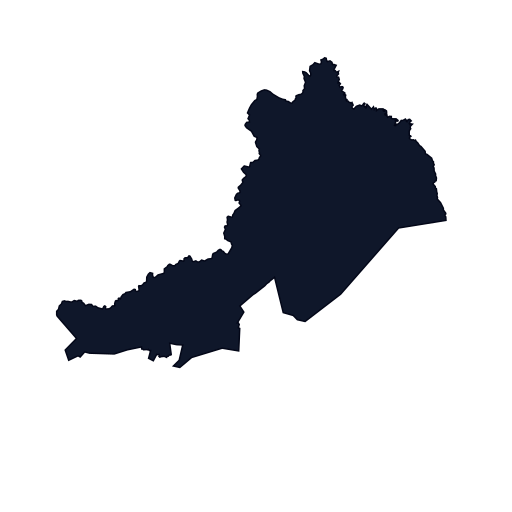 outline of Masinga, Eastern, Kenya, rotated 314°
{"feature_id": "3690345B51887825082332", "entity_name": "Masinga", "entity_type": "district", "adm_level": 2, "iso_a3": "KEN", "parent_name": "Kenya", "parent_adm1": "Eastern", "projection": "albers", "projection_center": [37.619, -0.95], "detail": "fine", "context": "isolated", "style": "filled", "palette": "ink", "viewbox_px": 512, "rotation_deg": 314, "n_neighbors": 0, "source": "geoboundaries", "source_scale": "gbopen_adm2", "svg_char_len": 6147}
<svg xmlns="http://www.w3.org/2000/svg" viewBox="0 0 512 512"><g transform="rotate(314 256 256)"><path d="M77.8,151.0L75.2,153.5L74.6,154.8L72.0,184.2L55.8,184.1L50.9,193.7L60.6,197.3L61.2,199.7L68.0,199.4L70.5,203.8L87.1,222.1L99.1,228.6L111.1,236.8L109.7,238.4L110.4,239.2L110.4,240.2L112.6,242.2L113.3,243.3L114.1,243.4L113.9,244.9L114.8,245.9L107.8,249.8L109.3,254.9L116.3,252.9L116.8,254.0L117.9,254.6L117.0,255.9L116.4,255.9L116.4,257.1L117.6,257.6L120.1,259.7L121.0,262.1L121.9,261.6L122.9,262.5L124.5,262.4L125.6,263.5L126.2,263.5L133.3,254.5L137.0,260.4L141.1,265.1L127.6,273.2L119.5,273.0L122.9,278.6L138.3,280.2L166.2,295.7L175.7,309.5L192.6,294.6L192.1,293.1L195.1,291.5L195.7,289.3L195.2,289.0L207.2,286.2L208.8,279.1L226.1,280.7L228.9,281.4L240.7,283.0L243.5,282.9L246.5,283.5L247.0,283.3L253.6,284.1L234.2,314.9L239.1,324.1L238.9,330.0L243.0,336.8L287.3,343.4L375.2,339.1L413.6,367.9L416.0,365.3L416.3,363.9L416.9,363.2L418.1,363.3L418.6,362.7L419.3,358.8L420.5,357.6L422.6,351.6L422.9,346.8L424.2,345.9L425.2,344.1L426.8,343.0L427.7,341.4L429.7,339.0L429.5,337.7L430.5,336.7L430.8,333.3L431.9,332.8L433.5,333.2L434.1,332.8L435.3,333.3L437.5,331.6L438.9,328.7L439.7,328.4L440.9,325.1L443.0,322.9L443.4,321.3L445.4,320.8L446.1,319.0L447.0,318.3L447.1,316.7L448.4,314.4L447.9,308.5L447.2,306.8L448.8,304.9L449.4,298.6L449.0,297.0L449.8,293.4L449.6,291.9L450.2,290.2L449.0,289.5L448.9,288.4L447.6,287.5L447.1,284.9L447.5,284.3L448.2,284.1L449.7,284.3L449.8,283.7L449.2,282.7L449.5,282.2L452.1,279.6L452.9,279.4L453.2,279.0L455.0,278.9L455.4,277.8L456.7,276.9L459.5,276.9L458.5,275.4L457.4,275.3L457.6,274.3L459.6,273.6L461.0,273.8L461.1,271.6L459.8,270.7L457.5,271.4L457.3,270.7L458.1,269.7L458.3,268.3L455.5,267.5L454.4,266.3L451.4,266.7L448.6,266.2L448.4,265.5L447.0,265.9L446.4,265.6L446.1,264.9L450.0,263.1L450.0,262.3L450.4,262.0L451.1,263.9L451.6,264.3L452.2,264.0L452.0,261.5L449.6,259.0L449.0,257.8L450.4,256.4L449.2,255.0L447.2,254.4L447.6,253.1L448.5,252.2L448.5,251.7L447.1,251.2L447.2,250.4L447.7,249.9L449.5,250.8L451.0,249.1L450.7,247.1L450.2,246.7L449.2,247.7L448.8,247.3L448.9,246.5L450.2,245.8L450.1,245.2L447.2,242.2L444.3,241.7L445.7,240.3L445.9,239.6L445.5,239.2L443.5,239.3L444.9,236.9L441.8,237.1L442.2,230.5L440.7,230.9L439.5,232.3L438.9,232.2L439.2,231.6L439.2,230.8L438.6,230.5L438.9,229.2L441.2,228.7L441.2,227.7L440.6,227.5L438.7,227.9L437.2,227.5L436.7,225.8L433.4,224.2L429.6,224.3L429.3,222.3L430.1,221.2L432.0,221.1L433.1,218.4L431.9,218.4L432.0,217.5L431.1,215.8L431.4,214.7L430.4,213.5L430.6,213.0L431.3,213.2L431.7,212.8L431.3,212.2L431.5,211.3L432.7,209.5L433.7,209.1L434.1,208.5L432.8,207.4L433.1,206.7L434.6,207.0L435.0,206.6L434.3,203.0L435.2,202.3L436.5,202.3L437.8,201.5L437.9,200.7L437.5,200.1L435.8,199.2L436.6,197.1L438.5,197.1L438.7,195.4L437.5,194.9L438.5,194.0L440.8,193.3L442.0,191.2L441.0,190.1L441.3,189.3L441.9,188.9L444.3,188.9L444.9,187.8L446.2,187.1L444.5,186.5L444.1,186.0L444.4,184.1L443.5,183.3L443.8,182.7L448.9,181.2L447.8,178.8L447.0,178.6L446.8,178.0L448.1,176.1L447.8,173.7L445.4,172.3L446.0,170.4L447.0,169.2L446.3,167.7L444.0,167.4L442.1,166.5L441.2,168.1L439.7,169.1L438.8,169.0L437.8,168.1L435.9,164.0L433.2,164.1L430.0,163.2L426.5,165.8L425.5,168.3L424.4,169.6L422.9,170.0L422.5,168.8L422.7,164.9L422.2,163.1L421.1,161.5L420.1,162.6L418.8,166.0L417.0,167.3L415.4,171.0L412.0,172.4L410.1,174.7L407.7,174.8L406.4,176.1L404.8,176.3L403.4,176.0L401.9,174.8L399.2,173.6L398.7,173.7L397.7,175.0L396.6,175.1L395.5,175.8L392.0,175.4L390.9,175.7L390.1,175.0L389.6,171.9L388.2,170.0L388.8,168.6L387.2,166.2L385.7,162.6L384.1,155.7L383.9,151.9L382.6,148.3L381.3,146.6L378.3,145.1L374.4,144.1L373.2,144.6L371.5,146.4L369.1,147.9L367.0,147.2L365.5,147.3L361.7,147.6L358.0,148.6L353.0,150.5L353.0,153.4L349.2,154.9L349.2,156.7L347.7,158.3L345.7,156.5L343.2,156.8L342.2,157.5L341.7,160.1L342.6,166.1L340.9,171.5L342.0,174.5L339.7,176.1L338.2,176.2L337.3,176.8L335.3,180.6L335.3,184.0L333.8,185.0L332.9,186.5L331.9,187.2L331.7,189.3L331.1,189.9L329.3,190.0L327.8,190.8L326.2,190.7L324.0,188.9L321.2,188.8L319.5,187.2L315.7,189.4L315.1,189.2L312.6,185.0L308.5,185.0L307.6,188.9L307.7,192.3L306.9,193.3L305.8,193.6L303.7,193.2L301.4,193.2L300.6,193.9L300.2,195.3L299.5,195.5L296.4,195.8L293.3,195.5L292.6,195.9L291.8,199.1L290.7,200.3L289.8,200.2L288.6,199.3L286.8,199.1L283.0,200.4L281.6,202.4L281.9,203.0L283.8,204.0L284.5,205.4L283.9,206.3L282.4,207.0L282.0,210.1L281.4,210.4L278.3,210.1L274.2,209.4L271.1,210.6L269.3,210.8L267.8,211.9L267.1,211.8L265.3,208.4L263.8,208.3L262.1,210.5L260.3,211.6L258.9,213.9L257.5,214.2L256.2,212.9L254.9,213.3L253.8,215.6L250.1,216.9L248.4,219.9L246.7,221.5L247.3,222.6L247.5,225.0L248.8,228.2L247.6,230.1L247.2,231.6L245.2,232.8L238.6,234.4L237.7,234.4L236.7,233.3L236.2,231.4L236.6,229.5L236.0,228.0L236.2,226.7L235.8,225.5L234.0,224.9L231.4,225.0L228.0,223.5L226.8,223.9L224.2,225.7L223.2,225.8L220.5,223.6L216.6,222.5L215.3,219.7L213.1,219.5L211.8,218.9L211.1,218.2L210.7,216.1L208.7,215.1L208.0,214.2L208.3,213.1L209.1,212.0L210.0,208.6L209.6,207.7L207.3,208.0L205.4,206.2L203.9,206.2L203.2,207.1L202.0,207.5L200.0,204.5L199.2,204.4L196.6,205.2L194.2,204.2L192.6,204.4L191.1,202.8L190.5,200.2L189.9,199.4L187.8,199.2L186.7,199.6L183.0,199.0L180.9,201.1L179.6,201.8L174.4,198.7L170.6,198.4L169.7,197.7L169.4,196.6L170.4,194.8L171.7,193.7L170.4,191.3L168.1,191.2L164.9,192.1L161.9,194.8L160.6,195.2L158.9,194.2L156.4,194.5L154.7,194.0L153.3,192.4L152.7,192.6L150.3,195.6L149.5,195.9L147.9,195.1L147.2,194.2L147.1,193.5L148.0,192.5L147.4,191.4L143.1,190.5L139.4,187.8L137.9,188.0L135.9,187.1L133.0,187.4L131.0,188.3L130.6,186.7L129.8,186.5L128.7,187.6L128.0,187.6L126.7,186.3L125.9,186.2L123.6,187.4L122.1,189.0L120.3,187.4L117.4,187.5L115.7,186.8L113.5,184.8L113.9,183.8L115.1,183.2L115.1,181.9L114.0,181.6L111.3,182.5L108.9,178.2L108.5,175.5L106.4,173.6L106.9,171.4L105.1,169.3L101.8,167.9L102.3,164.6L101.6,163.4L102.6,161.9L102.5,160.8L100.7,159.0L99.2,158.9L97.7,156.2L95.2,155.6L94.3,154.9L92.8,152.3L91.3,150.9L90.7,149.4L88.8,148.3L86.3,149.4L83.5,149.2L80.4,151.0L77.8,151.0Z" fill="#0f172a" stroke="#020617" stroke-width="1.5"/></g></svg>